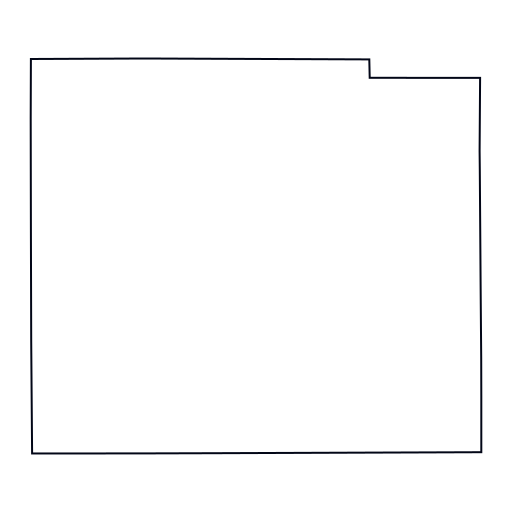 Pontotoc, Mississippi, United States of America
{"feature_id": "52423323B7740407343608", "entity_name": "Pontotoc", "entity_type": "district", "adm_level": 2, "iso_a3": "USA", "parent_name": "United States of America", "parent_adm1": "Mississippi", "projection": "albers", "projection_center": [-89.026, 34.227], "detail": "fine", "context": "isolated", "style": "outline", "palette": "ink", "viewbox_px": 512, "rotation_deg": 0, "n_neighbors": 0, "source": "geoboundaries", "source_scale": "gbopen_adm2", "svg_char_len": 331}
<svg xmlns="http://www.w3.org/2000/svg" viewBox="0 0 512 512"><path d="M30.9,59.0L30.7,117.8L30.9,227.8L31.2,340.8L32.1,453.5L144.7,453.4L213.6,453.2L481.3,452.2L481.3,396.4L481.2,358.0L480.6,282.9L479.8,169.8L479.6,150.9L480.1,77.9L369.7,77.8L369.3,59.4L144.4,58.5L30.9,59.0Z" fill="none" stroke="#020617" stroke-width="2"/></svg>